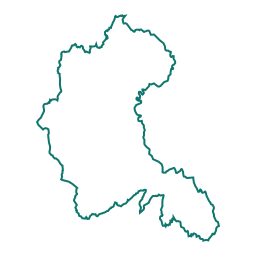 outline of Krong No, Đắk Nông, Vietnam
{"feature_id": "81297802B95536504011076", "entity_name": "Krong No", "entity_type": "district", "adm_level": 2, "iso_a3": "VNM", "parent_name": "Vietnam", "parent_adm1": "Đắk Nông", "projection": "equal_earth", "projection_center": [107.904, 12.369], "detail": "fine", "context": "isolated", "style": "outline", "palette": "teal", "viewbox_px": 256, "rotation_deg": 0, "n_neighbors": 0, "source": "geoboundaries", "source_scale": "gbopen_adm2", "svg_char_len": 5768}
<svg xmlns="http://www.w3.org/2000/svg" viewBox="0 0 256 256"><path d="M114.9,18.0L113.8,21.0L112.9,22.4L111.8,25.5L111.2,26.3L111.0,27.8L109.4,27.8L109.1,29.4L108.0,29.7L107.5,31.0L106.5,30.5L104.9,32.1L105.2,34.7L105.5,35.2L106.4,35.2L107.3,36.2L107.6,38.2L107.1,38.6L106.5,37.4L106.2,37.4L106.2,38.8L103.0,42.5L103.5,44.1L101.9,45.5L101.6,47.1L100.1,47.2L99.7,48.0L97.4,47.4L96.9,46.7L96.2,44.2L95.7,45.6L94.7,46.3L92.0,46.6L90.2,46.3L90.1,46.7L90.7,47.4L90.6,48.4L89.8,50.3L89.9,52.4L89.3,52.8L86.1,51.5L85.3,52.1L84.9,51.9L84.4,50.5L83.0,48.6L82.8,46.7L81.8,45.9L81.1,45.9L79.8,47.4L78.6,46.8L77.6,47.4L76.7,46.8L76.0,44.7L75.2,44.0L73.7,45.4L72.3,45.4L71.8,45.8L71.3,47.5L69.0,51.4L64.9,52.1L64.4,51.5L64.0,51.5L62.3,52.0L61.5,52.8L61.3,53.7L61.5,54.3L61.2,54.7L61.6,55.4L61.1,59.0L60.8,60.1L59.6,60.7L59.2,61.6L59.3,62.9L60.4,65.2L59.3,67.1L58.0,67.9L58.4,69.2L57.9,69.7L57.6,70.9L58.3,72.5L58.2,73.1L59.7,73.9L59.6,75.7L60.1,79.1L59.9,84.2L60.4,87.9L61.3,90.9L61.1,91.8L60.0,92.6L57.8,96.0L57.6,96.7L57.8,98.4L57.4,100.4L56.3,99.6L55.2,99.3L52.1,99.5L51.0,100.6L50.0,99.9L49.5,102.9L49.2,103.0L48.6,102.4L47.5,103.7L45.2,103.9L44.0,104.5L43.5,105.6L43.4,106.7L44.1,110.2L43.9,111.5L40.8,117.8L39.0,119.4L37.1,122.0L38.3,124.8L43.1,129.5L43.8,128.8L45.4,128.2L46.8,128.4L48.4,129.3L48.9,133.1L48.2,134.7L48.2,135.8L49.0,142.6L50.1,146.4L50.0,149.3L49.5,151.3L49.6,153.1L51.5,155.2L52.7,155.5L53.5,157.3L54.8,158.5L55.9,158.4L58.3,160.3L60.5,164.0L62.6,165.8L62.4,166.6L62.8,168.3L62.6,170.2L62.9,170.4L62.5,171.2L62.4,173.2L61.7,174.5L62.1,176.6L61.2,179.4L61.9,179.9L68.9,181.7L72.5,184.0L77.2,187.9L76.5,188.9L76.2,191.4L76.3,192.7L77.0,193.6L76.9,194.3L75.4,195.8L75.1,196.4L75.3,197.2L74.2,199.4L74.0,200.7L76.8,204.9L75.4,207.6L76.4,209.6L76.2,210.3L76.9,210.6L76.6,211.9L78.6,213.5L79.2,215.9L81.0,216.4L82.4,218.3L85.1,218.6L86.1,217.2L86.4,217.8L86.8,217.8L86.8,218.6L87.9,219.0L88.9,218.8L90.3,215.8L91.6,214.9L92.3,213.9L94.3,214.5L95.5,214.2L96.5,216.0L97.5,216.2L99.1,214.3L105.1,212.3L106.9,211.1L108.1,210.9L109.8,208.6L111.0,208.1L111.2,207.4L112.7,207.1L113.6,206.2L115.1,202.4L116.7,203.0L117.0,204.5L117.6,205.2L118.6,205.6L119.3,205.5L121.0,206.3L123.4,204.2L125.7,203.5L127.5,201.6L127.8,199.9L128.7,200.3L131.2,198.2L134.1,195.2L135.8,194.4L136.0,193.5L137.8,193.0L138.6,191.2L139.3,191.2L140.6,190.4L143.3,190.6L144.2,189.8L145.1,189.8L145.9,190.1L145.6,191.9L144.4,193.5L143.1,196.8L142.4,197.5L142.3,199.0L140.0,201.6L139.5,203.3L139.7,205.0L140.9,207.3L140.7,209.1L139.9,211.0L140.0,212.7L143.6,209.6L144.1,208.0L143.8,206.8L144.0,205.5L148.6,202.9L150.2,199.3L152.0,196.8L153.1,195.9L154.8,196.1L155.9,195.7L156.9,196.2L157.7,195.9L158.8,194.6L160.3,195.5L163.4,195.1L163.6,195.4L163.6,195.9L162.5,199.9L162.3,204.5L162.5,206.0L161.0,209.7L161.6,211.5L161.6,213.7L162.5,214.6L162.5,215.2L162.0,216.0L160.7,216.2L160.3,216.6L160.0,218.1L160.1,219.2L161.4,220.6L162.4,224.8L163.1,225.9L164.7,225.3L165.4,226.2L165.6,224.3L166.5,225.4L167.0,224.8L168.1,225.4L168.7,224.5L169.8,224.7L170.0,222.9L170.5,222.2L170.4,220.5L170.8,220.5L171.6,222.2L172.0,222.1L172.4,218.6L172.8,218.5L173.4,219.0L173.5,217.1L174.7,219.2L176.4,221.3L178.3,221.1L180.1,221.8L180.5,222.5L180.8,225.7L181.2,226.9L183.8,228.1L185.3,231.3L186.5,231.7L187.6,231.0L187.9,231.3L188.6,236.3L189.7,236.0L191.1,236.3L191.0,234.7L191.3,234.2L192.7,235.2L193.3,233.7L194.0,233.4L196.3,234.6L196.6,236.8L198.5,235.8L199.3,236.2L199.8,237.1L199.8,238.3L200.7,238.9L202.5,239.0L203.3,240.0L203.3,240.6L206.3,239.9L208.3,240.4L208.8,238.9L211.9,235.3L212.4,233.9L213.1,233.6L213.9,234.3L214.5,234.0L216.0,230.5L216.3,228.1L217.4,226.7L218.9,226.0L218.0,222.1L216.1,221.0L214.0,216.5L214.0,214.8L212.9,211.6L213.0,210.6L213.9,208.5L213.8,207.1L212.5,204.8L211.0,204.2L210.3,202.5L209.0,200.9L206.6,196.0L205.7,192.3L205.1,191.6L204.3,192.3L202.5,192.8L202.0,192.3L201.2,190.1L200.4,189.5L200.0,189.7L199.7,191.5L198.3,191.8L196.6,188.0L195.4,186.3L193.8,182.2L193.2,177.5L186.8,178.0L185.3,176.7L183.9,176.5L183.5,175.7L183.0,171.7L181.8,169.1L181.3,169.1L180.1,170.9L177.0,173.0L176.1,172.8L175.4,170.1L174.5,168.3L174.0,167.9L169.1,169.7L167.4,171.1L166.4,171.4L165.8,172.5L163.5,172.7L162.6,172.3L162.6,167.0L161.6,164.2L158.6,161.7L153.1,159.2L151.8,156.0L149.1,153.8L149.6,150.1L149.4,149.2L146.4,146.8L144.6,144.6L144.3,143.1L144.5,140.1L143.6,138.3L143.3,137.1L144.0,135.6L144.0,132.1L144.8,130.2L143.8,127.2L143.9,125.5L142.2,123.5L141.8,120.9L140.0,121.3L138.5,120.8L138.1,119.1L138.6,117.4L140.6,116.6L140.9,115.8L140.6,115.5L138.1,115.1L136.8,114.3L135.3,111.5L134.6,109.2L134.6,107.7L136.3,105.0L140.7,103.2L141.1,102.6L141.2,101.4L140.9,100.8L138.6,100.8L136.8,99.7L136.4,99.0L136.6,97.9L137.1,97.5L137.7,97.7L138.7,98.9L139.3,99.1L139.7,98.8L140.1,96.0L138.8,93.5L139.0,92.0L139.6,91.8L140.8,92.2L141.9,94.2L142.6,94.6L143.6,93.5L143.8,92.4L142.5,90.4L142.4,89.5L143.1,89.4L145.2,90.1L145.6,89.8L148.8,86.4L149.5,84.0L151.1,84.5L153.9,83.4L157.1,85.9L158.1,86.5L159.1,86.6L160.7,85.8L164.1,82.1L167.6,80.8L168.2,79.3L168.5,76.1L170.5,74.4L170.6,71.9L171.3,68.9L172.8,69.1L173.1,68.8L173.0,68.0L172.2,67.5L172.0,67.0L172.2,66.0L172.7,65.2L174.1,64.5L175.2,62.9L175.1,61.4L173.5,58.5L173.7,56.2L172.8,56.0L171.4,57.0L170.6,56.6L170.2,54.6L170.8,52.9L170.8,51.8L169.3,51.5L168.2,50.6L166.5,50.6L165.7,50.2L165.2,49.2L164.9,46.2L163.4,43.1L160.1,40.6L154.1,34.6L150.8,34.7L149.4,31.2L148.6,30.6L147.7,30.6L144.0,31.9L141.1,29.5L140.2,29.5L139.5,30.2L138.5,29.7L136.5,29.7L135.4,30.0L134.7,31.5L134.2,31.7L133.5,31.5L132.5,30.4L131.3,30.0L127.0,24.1L125.8,23.3L123.8,23.5L123.3,22.8L122.6,19.7L123.1,18.5L125.2,15.8L123.2,16.2L122.3,15.4L121.5,16.1L120.5,15.6L117.6,17.0L116.7,17.0L115.7,16.0L115.1,16.5L114.9,18.0Z" fill="none" stroke="#0f766e" stroke-width="2"/></svg>